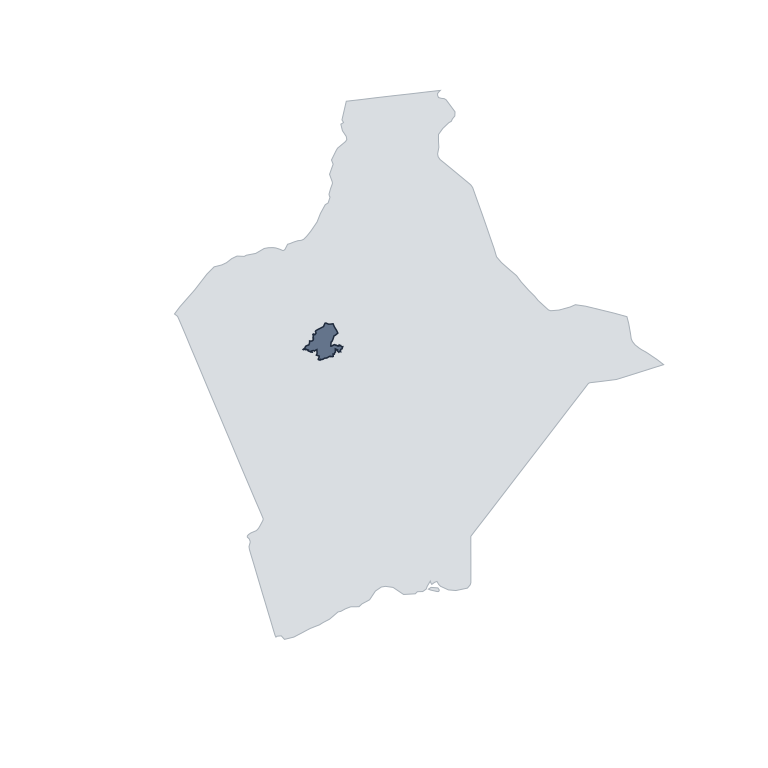 Laikipia East, Rift Valley, Kenya shown in context, rotated 38°
{"feature_id": "3690345B37822361502294", "entity_name": "Laikipia East", "entity_type": "district", "adm_level": 2, "iso_a3": "KEN", "parent_name": "Kenya", "parent_adm1": "Rift Valley", "projection": "albers", "projection_center": [36.521, 0.35], "detail": "fine", "context": "in_parent", "style": "filled", "palette": "slate", "viewbox_px": 768, "rotation_deg": 38, "n_neighbors": 0, "source": "geoboundaries", "source_scale": "gbopen_adm2", "svg_char_len": 6533}
<svg xmlns="http://www.w3.org/2000/svg" viewBox="0 0 768 768"><g transform="rotate(38 384 384)"><path d="M175.8,457.8L175.6,448.9L176.9,426.2L176.8,406.3L178.0,396.3L182.9,390.0L185.2,385.4L186.8,379.0L189.4,373.7L195.3,369.5L196.3,367.2L202.5,360.1L206.2,350.9L209.0,347.8L212.5,344.9L215.0,343.4L219.1,341.9L222.2,341.1L222.8,340.3L223.1,338.9L222.0,333.2L223.4,331.3L225.6,327.5L228.0,324.0L230.3,321.8L231.6,319.5L232.1,315.5L232.2,312.7L232.2,308.0L231.5,297.5L228.9,288.7L227.3,278.9L228.5,275.7L226.4,269.9L225.4,269.6L223.8,268.3L221.6,262.9L220.0,257.9L219.0,256.7L212.0,252.3L208.6,242.1L204.7,239.8L202.6,229.7L202.2,226.8L204.4,216.6L204.2,214.3L201.9,212.2L195.3,210.0L190.0,205.8L190.7,204.3L191.1,202.8L188.3,201.8L180.2,184.4L190.7,174.1L201.3,163.5L214.8,150.2L227.3,138.0L238.0,127.4L247.6,118.0L247.4,119.8L247.4,122.2L248.6,123.6L250.6,124.7L253.3,123.6L255.7,122.1L258.0,121.8L272.4,125.8L274.8,129.2L274.7,132.9L275.3,135.6L274.2,138.2L273.0,146.4L273.3,153.8L277.6,159.3L281.5,163.7L284.6,169.7L286.8,171.6L289.9,172.6L299.8,172.8L314.5,173.2L328.6,173.6L329.9,173.7L332.9,174.6L345.8,182.8L357.7,190.3L367.8,196.8L377.6,203.2L387.1,209.3L394.4,214.5L401.7,216.0L413.5,216.7L421.7,217.0L429.2,219.1L440.4,221.1L448.8,222.1L453.9,223.3L467.9,224.4L470.2,223.7L476.4,218.0L483.3,208.7L486.0,203.7L494.9,198.6L510.6,191.5L521.7,186.5L534.0,181.4L539.6,185.7L547.4,192.7L550.9,196.1L553.6,197.6L557.8,198.6L562.9,198.6L565.7,198.4L571.4,197.5L584.8,196.6L592.4,196.6L586.0,205.9L578.4,217.0L564.3,237.4L553.6,248.2L545.4,256.3L544.7,257.7L544.8,266.8L544.9,288.8L545.3,333.0L545.6,377.1L546.0,421.1L546.1,443.2L546.2,450.6L553.4,459.8L560.5,468.8L569.8,480.7L574.8,487.1L575.6,489.3L575.4,493.5L567.8,502.5L561.5,506.6L553.1,508.6L550.6,508.3L547.3,507.0L546.0,509.1L545.0,512.5L543.2,511.8L541.8,510.8L542.6,516.8L543.5,519.7L542.3,523.7L538.2,527.1L537.8,530.1L529.0,537.8L516.4,538.7L509.8,542.5L506.9,545.6L504.7,552.4L505.5,562.9L502.0,570.9L501.4,574.9L494.9,580.1L492.0,584.9L489.9,589.8L488.1,591.9L485.9,602.8L482.9,609.4L482.1,611.6L481.4,613.6L479.0,617.5L477.5,620.2L476.4,621.9L468.8,638.9L462.8,646.5L458.1,645.7L455.0,648.6L454.7,650.0L453.0,649.2L449.1,646.5L441.0,640.7L432.9,635.0L424.9,629.3L416.8,623.6L408.7,617.8L400.7,612.1L392.6,606.3L384.5,600.6L379.8,597.2L377.7,595.2L376.1,591.3L375.3,590.3L373.1,589.0L370.6,588.8L369.9,588.0L369.9,586.1L370.8,583.3L373.7,578.1L374.0,575.0L373.5,571.4L372.5,565.8L371.7,564.5L366.4,561.5L355.2,555.4L344.0,549.2L332.8,543.0L321.6,536.8L310.5,530.6L299.3,524.3L288.1,518.1L277.0,511.9L265.8,505.7L254.6,499.5L243.5,493.3L232.3,487.0L221.2,480.8L210.0,474.6L198.9,468.3L187.7,462.1L183.5,459.8L179.7,457.8L175.8,457.8ZM547.3,517.8L545.3,518.3L546.3,515.3L552.0,511.5L554.4,512.3L554.8,513.2L554.7,514.0L553.7,514.8L547.3,517.8Z" fill="#d9dde1" stroke="#a8b0b8" stroke-width="1"/><path d="M298.9,395.9L299.2,396.3L299.7,397.0L300.1,397.7L300.5,398.8L300.7,399.6L300.5,399.9L300.2,400.1L299.8,400.8L299.7,401.0L299.2,402.1L299.0,402.5L299.3,403.7L299.6,404.4L299.4,404.4L299.3,405.5L299.2,405.6L299.0,406.4L299.0,406.6L299.3,406.5L299.5,406.5L299.8,405.5L299.9,405.4L300.1,405.4L300.3,405.2L300.9,404.8L301.0,405.3L301.3,405.2L301.4,404.9L301.5,404.8L301.5,404.6L301.8,404.5L302.8,404.4L302.7,404.1L303.6,403.8L304.0,404.4L304.0,404.5L304.6,404.4L305.9,404.0L305.9,403.9L306.0,403.7L306.2,403.8L306.4,403.9L306.5,403.9L306.5,403.7L306.7,403.4L306.8,403.3L307.5,403.4L307.8,403.2L306.6,402.5L306.7,402.3L307.7,401.1L308.3,400.9L308.8,400.7L308.7,400.4L308.9,400.6L309.2,399.8L309.2,399.7L309.3,399.6L309.3,399.4L309.6,398.9L309.9,398.2L310.5,398.9L311.2,399.7L312.3,400.9L312.6,401.6L312.7,401.9L312.7,402.0L312.8,402.4L312.8,402.6L312.9,402.9L315.8,401.9L316.5,403.2L316.6,404.2L317.1,405.2L317.4,405.2L317.6,405.1L318.9,404.6L318.6,404.0L318.7,403.9L318.7,403.7L318.8,403.5L318.9,403.4L319.0,403.4L319.3,403.4L319.5,403.4L319.8,403.2L320.0,403.0L320.1,402.9L320.2,402.7L320.3,402.6L320.3,402.4L320.4,402.2L320.5,402.1L320.8,401.9L320.8,401.7L320.9,401.3L321.0,401.2L321.0,400.9L321.1,400.7L321.2,400.4L321.4,400.2L321.5,399.9L321.8,399.8L322.0,399.6L322.2,399.4L322.4,399.2L322.5,399.2L322.8,398.8L322.8,398.6L323.0,398.5L323.1,398.3L323.2,398.2L323.3,397.9L323.4,397.6L323.4,397.4L323.5,397.2L323.6,396.9L323.6,396.7L323.8,396.4L323.9,396.2L324.0,396.2L324.2,395.9L324.2,395.7L324.4,395.6L324.5,395.5L324.5,395.4L324.6,395.2L324.8,395.2L325.0,395.2L325.0,395.3L325.2,395.2L325.3,395.2L325.4,394.9L325.5,394.9L325.8,394.7L326.0,394.5L326.2,394.4L326.3,394.4L326.6,394.2L326.7,393.8L326.8,393.7L327.0,393.5L325.4,391.7L326.5,391.0L325.8,389.5L326.1,388.8L324.0,386.3L324.8,386.1L326.0,385.8L326.4,385.7L326.4,385.9L326.4,386.0L326.3,386.3L326.3,386.5L328.9,386.8L329.0,385.3L329.9,385.2L329.0,384.2L328.6,383.4L329.3,382.1L328.5,380.0L328.4,380.1L328.4,380.3L328.3,380.5L328.2,380.6L327.9,380.6L327.7,380.6L327.4,380.5L327.1,380.6L326.9,380.6L326.7,380.6L326.4,380.6L326.2,380.5L326.1,380.4L326.0,380.5L325.9,380.5L325.7,380.5L325.3,380.7L325.1,380.8L324.9,380.8L325.0,381.0L324.9,381.3L324.9,381.5L324.7,381.5L324.4,381.6L324.4,381.8L324.4,382.2L324.4,382.3L324.6,382.3L324.4,382.5L324.1,382.6L323.8,382.6L323.7,382.5L323.2,382.7L322.9,382.7L322.6,382.7L322.5,382.9L322.5,383.0L322.4,383.1L322.2,383.2L321.9,383.3L321.7,383.3L321.6,383.2L321.4,383.2L321.2,383.2L321.0,383.4L320.8,383.5L320.7,383.5L320.6,383.8L320.5,384.0L320.4,384.2L320.2,384.3L320.3,384.6L320.2,384.7L320.1,384.9L319.9,385.0L319.8,385.3L319.8,385.5L319.7,385.6L319.6,385.9L319.5,386.1L319.4,386.4L319.3,386.5L319.1,386.7L318.7,386.9L316.5,383.5L316.8,382.6L316.3,380.4L315.3,377.6L315.0,376.9L315.6,375.6L316.3,372.3L313.5,370.9L311.5,370.2L309.5,369.4L307.3,368.2L306.8,367.9L304.7,370.0L304.4,370.2L303.7,370.9L301.6,371.5L300.7,371.7L300.1,372.4L300.7,375.0L301.0,375.9L300.8,376.4L300.6,376.9L299.9,378.3L299.8,378.6L299.5,379.3L298.6,381.1L297.7,383.3L297.6,383.5L297.5,383.9L297.5,384.7L298.6,385.4L298.9,385.6L299.1,385.7L299.1,385.8L299.1,386.0L299.2,386.4L299.2,386.5L299.2,387.2L299.2,387.4L299.2,387.6L298.7,388.2L298.4,388.3L298.5,387.6L297.6,388.0L297.5,388.3L297.4,388.7L297.6,388.8L298.1,389.0L298.7,389.9L298.8,390.0L299.2,390.3L299.4,390.8L299.4,391.0L300.0,391.1L300.3,391.5L300.2,392.0L300.5,392.2L300.8,392.2L300.9,392.5L301.1,393.0L301.0,393.3L301.1,393.5L300.9,393.9L300.8,394.1L300.8,394.3L300.6,394.7L300.4,394.9L300.1,395.0L299.8,395.3L299.7,395.4L299.5,395.5L299.4,395.8L299.2,395.8L298.9,395.9Z" fill="#64748b" stroke="#1e293b" stroke-width="1.5"/></g></svg>